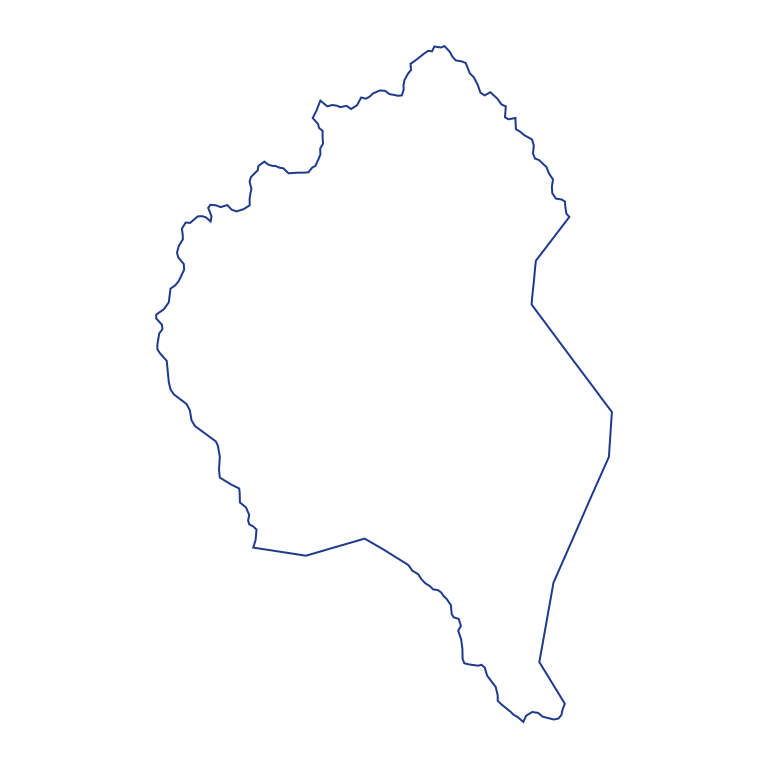 outline of São José do Belmonte, Pernambuco, Brazil
{"feature_id": "56859067B2829492524896", "entity_name": "São José do Belmonte", "entity_type": "district", "adm_level": 2, "iso_a3": "BRA", "parent_name": "Brazil", "parent_adm1": "Pernambuco", "projection": "natural_earth1", "projection_center": [-38.766, -7.884], "detail": "fine", "context": "isolated", "style": "outline", "palette": "blue", "viewbox_px": 768, "rotation_deg": 0, "n_neighbors": 0, "source": "geoboundaries", "source_scale": "gbopen_adm2", "svg_char_len": 2863}
<svg xmlns="http://www.w3.org/2000/svg" viewBox="0 0 768 768"><path d="M236.6,211.4L231.7,209.7L227.3,205.1L220.7,207.1L215.8,205.3L210.4,204.8L208.2,207.9L211.5,216.3L210.6,221.5L206.0,217.4L202.4,216.2L197.7,216.4L190.1,222.9L185.7,222.5L181.9,228.6L182.7,234.8L182.9,239.2L178.7,246.1L177.0,252.8L178.3,257.5L183.8,264.1L184.1,269.8L178.7,281.1L175.3,285.3L170.5,288.6L168.8,302.3L163.9,309.2L156.3,314.5L156.1,318.3L162.0,324.8L162.4,329.2L159.2,333.5L157.3,345.1L157.5,349.5L160.3,353.7L166.7,360.8L168.8,382.1L170.5,389.5L173.9,394.4L186.6,404.1L189.9,410.4L191.5,420.3L195.1,426.2L215.8,441.4L217.8,445.6L219.8,456.5L219.0,469.8L219.8,477.6L231.4,484.7L239.2,488.5L239.7,493.2L239.9,502.5L246.0,507.4L249.2,515.0L248.1,520.4L249.2,524.3L253.3,526.5L256.5,529.6L255.6,539.8L253.3,547.6L281.7,552.0L305.9,555.7L364.6,538.6L383.6,549.6L408.1,564.9L410.3,567.6L412.2,570.6L418.3,574.3L421.3,579.1L425.3,583.3L430.0,586.2L433.0,589.3L438.1,590.2L441.3,592.6L443.6,596.1L446.6,598.9L448.6,601.8L450.9,605.2L451.7,614.1L453.7,617.3L458.7,618.9L460.9,626.0L458.2,630.7L461.1,639.2L462.4,648.5L462.6,658.9L464.3,663.3L469.4,664.5L478.2,665.7L481.4,664.8L484.7,667.5L487.1,675.6L490.3,679.8L493.0,683.5L495.7,686.9L497.7,695.2L497.7,700.7L501.3,704.3L505.9,708.0L510.6,711.8L513.6,714.8L517.6,717.0L523.3,721.9L526.1,715.7L532.2,712.0L538.2,712.9L542.5,716.6L546.7,717.7L553.9,719.5L558.5,718.5L561.5,714.8L562.3,710.4L564.8,703.7L539.3,662.0L542.3,645.5L553.5,582.6L570.6,543.8L590.7,497.8L608.9,456.9L611.9,412.0L600.9,397.5L598.3,393.8L572.0,358.8L563.8,347.8L542.7,319.4L531.6,304.5L532.0,298.9L534.0,280.1L535.2,266.8L535.9,260.7L569.3,217.0L566.4,213.6L565.2,206.0L565.0,201.6L561.7,199.5L555.9,198.6L552.3,193.2L551.9,186.6L553.0,179.5L549.0,173.5L546.5,167.1L543.6,164.4L539.1,160.1L535.0,158.5L533.0,153.5L533.8,145.6L532.1,139.5L524.2,135.1L519.7,131.4L515.9,129.2L515.4,118.0L508.4,119.3L505.0,117.3L505.8,106.4L501.6,104.5L497.2,98.5L490.3,92.2L484.7,95.4L480.4,92.6L477.9,85.3L473.9,77.4L469.9,73.5L465.7,63.0L461.7,61.4L455.9,60.4L452.6,57.0L449.7,51.7L444.5,46.1L440.9,47.5L434.4,46.5L432.0,51.3L428.0,50.9L423.7,53.9L419.3,57.4L413.8,61.6L410.5,63.8L411.1,69.9L408.1,73.5L404.4,80.3L403.5,85.3L403.7,89.6L401.8,95.4L397.8,95.8L394.1,94.9L389.6,94.2L384.9,90.8L379.8,90.5L373.0,93.4L369.7,96.6L365.9,98.7L361.2,97.5L357.0,105.3L351.0,109.0L346.7,105.9L340.1,107.1L336.9,105.7L332.4,105.0L327.2,106.3L320.4,100.6L316.2,111.2L312.7,118.0L318.0,124.0L319.1,128.0L322.7,131.0L322.5,135.7L323.0,143.6L320.2,148.6L320.4,154.5L318.5,159.1L315.3,166.0L312.3,167.5L308.4,172.3L303.5,172.7L297.2,172.7L288.5,173.3L283.4,168.3L279.1,167.6L275.6,166.0L271.9,165.8L268.1,164.5L264.4,161.6L258.4,166.0L257.7,170.3L250.9,177.1L249.6,181.6L251.4,188.9L250.5,193.3L249.6,198.4L249.7,205.3L243.7,209.1L236.6,211.4Z" fill="none" stroke="#1e3a8a" stroke-width="2"/></svg>